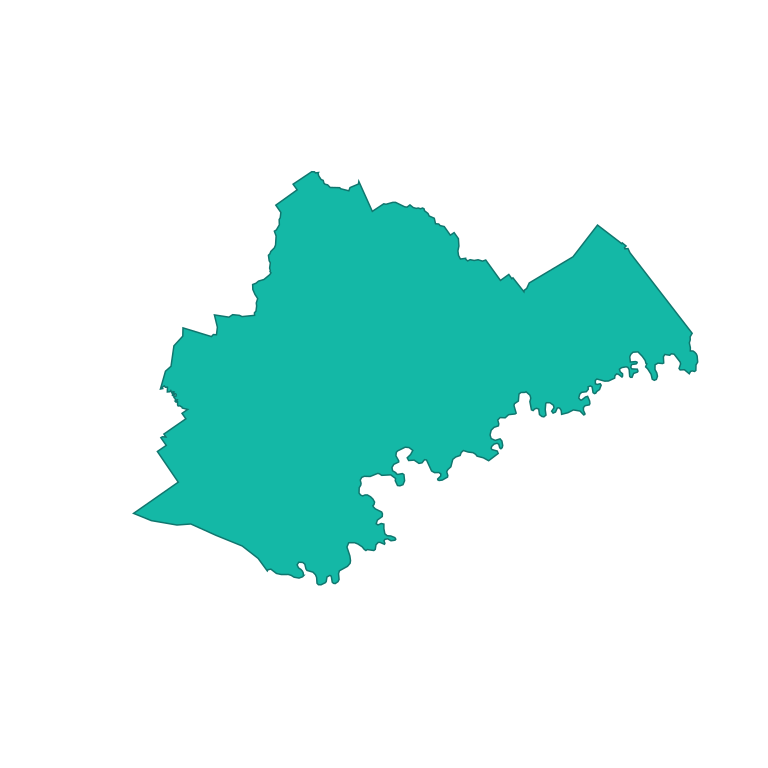 Wodonga, Victoria, Australia (orthographic projection), rotated 136°
{"feature_id": "25037944B99055337236234", "entity_name": "Wodonga", "entity_type": "district", "adm_level": 2, "iso_a3": "AUS", "parent_name": "Australia", "parent_adm1": "Victoria", "projection": "orthographic", "projection_center": [146.883, -36.145], "detail": "fine", "context": "isolated", "style": "filled", "palette": "teal", "viewbox_px": 768, "rotation_deg": 136, "n_neighbors": 0, "source": "geoboundaries", "source_scale": "gbopen_adm2", "svg_char_len": 6171}
<svg xmlns="http://www.w3.org/2000/svg" viewBox="0 0 768 768"><g transform="rotate(136 384 384)"><path d="M282.6,245.6L280.1,244.7L276.1,246.3L275.0,245.7L274.4,244.5L274.9,241.9L277.3,238.8L271.7,235.6L265.8,233.8L261.8,228.4L261.8,223.0L260.7,222.6L260.1,223.0L258.9,226.4L256.9,228.5L254.4,228.7L250.8,226.4L249.5,226.9L247.9,228.9L246.1,233.7L248.1,234.7L253.0,235.2L253.8,236.0L253.7,238.6L250.3,240.7L247.6,240.7L243.8,237.9L240.7,238.3L239.2,240.2L236.9,239.3L236.3,237.4L239.6,232.6L239.3,230.9L238.1,230.3L236.1,230.8L232.8,230.3L228.6,232.3L228.3,234.0L230.9,235.5L231.8,237.3L229.5,239.8L227.4,239.7L223.3,232.8L220.4,230.2L214.0,228.0L212.1,229.6L209.6,229.7L208.6,228.0L208.0,223.7L206.9,223.9L205.3,225.6L205.6,228.7L204.4,231.1L201.7,230.7L197.9,228.2L197.0,226.6L197.6,224.1L202.0,218.8L202.0,217.5L200.9,216.5L197.1,218.2L193.4,216.5L192.4,216.8L191.5,218.7L195.2,222.7L194.9,224.7L192.3,226.0L188.7,223.3L187.1,223.4L186.8,224.1L187.5,225.4L191.5,228.7L188.4,232.8L185.9,233.9L182.8,233.9L179.0,230.7L179.0,224.4L179.8,219.4L181.2,217.0L180.9,215.9L183.9,214.6L183.8,211.8L185.1,205.5L187.7,201.1L187.0,198.9L184.9,198.1L181.9,199.6L180.1,202.4L179.0,206.2L175.7,209.5L172.4,208.7L169.4,205.2L168.2,204.8L164.1,209.5L161.5,210.2L158.5,206.2L156.3,206.1L154.6,203.9L155.7,194.1L156.7,192.4L161.0,190.2L161.2,188.4L158.0,185.6L157.3,179.3L154.7,180.1L153.1,179.2L151.9,177.3L150.3,177.1L146.3,181.0L143.1,181.9L139.3,186.6L138.5,188.6L138.4,191.0L138.8,193.1L140.7,195.0L138.4,197.3L135.8,201.5L133.1,203.0L131.0,205.3L127.1,206.4L115.9,307.6L114.4,311.9L116.8,313.9L116.3,315.0L114.0,315.1L114.6,320.0L115.5,319.9L120.0,350.0L159.7,344.2L209.3,355.8L215.0,353.6L218.0,354.0L219.3,353.1L217.5,370.8L218.9,371.0L218.1,376.1L228.3,377.6L224.7,402.5L227.8,404.0L230.0,408.0L233.3,410.2L235.7,413.6L238.3,414.4L238.6,416.8L237.9,417.7L242.2,420.8L241.1,424.7L238.4,428.4L234.3,431.2L229.5,436.9L228.4,444.2L232.9,445.0L231.3,455.4L233.6,459.0L233.5,461.1L235.6,463.5L232.7,468.3L234.8,473.5L233.9,476.1L234.5,480.5L233.5,482.2L234.0,483.8L236.0,484.7L237.1,486.8L238.8,487.9L240.4,490.6L240.9,494.8L244.5,495.2L246.0,497.0L249.5,506.6L251.4,508.5L257.7,511.9L259.0,513.8L272.5,516.3L261.4,547.2L263.5,545.6L272.0,548.9L275.1,547.4L279.5,554.5L279.5,556.0L286.2,562.8L286.2,566.4L287.6,568.6L287.7,570.2L286.3,572.7L287.2,574.8L286.4,579.0L285.2,581.2L284.2,581.6L286.7,583.5L286.6,584.9L288.5,586.9L310.6,590.9L311.6,584.0L337.6,587.8L339.0,579.1L343.1,575.7L345.2,575.1L348.7,571.2L354.4,569.6L356.7,570.1L358.8,565.4L365.5,559.3L368.3,558.1L373.3,558.0L375.7,556.9L377.7,556.9L381.0,552.4L381.6,550.1L385.8,546.8L386.9,544.7L387.9,544.1L388.1,542.5L390.2,542.0L397.8,542.6L402.8,545.2L406.0,545.4L409.4,546.8L412.7,543.1L414.6,538.0L415.5,533.2L419.6,531.0L421.4,528.6L425.4,525.4L427.8,525.2L429.4,523.3L439.3,531.1L440.3,533.8L444.7,539.0L449.1,539.8L458.0,551.5L464.4,540.6L470.3,535.8L472.4,538.1L475.2,538.0L489.6,564.0L495.5,558.2L508.6,557.4L524.9,544.7L532.3,545.0L548.3,535.7L546.3,534.4L545.8,535.8L543.4,535.3L543.5,533.5L542.0,532.1L545.4,528.8L543.4,527.2L541.9,527.4L542.8,524.7L541.1,525.1L540.5,524.1L544.0,522.9L543.8,521.7L541.4,522.3L540.7,521.7L540.8,520.8L542.0,519.8L543.2,520.7L544.5,520.1L544.3,519.0L545.0,517.4L543.7,516.2L544.4,515.9L546.2,516.8L546.2,515.4L544.9,514.6L547.1,512.2L547.3,511.2L546.0,510.1L545.4,507.7L545.8,506.8L542.9,502.1L549.7,503.2L550.7,496.6L577.1,500.9L577.7,497.4L580.1,500.0L581.8,500.4L583.3,491.1L593.9,492.9L600.2,456.3L654.0,464.9L646.3,447.4L630.9,426.4L620.2,417.5L610.0,391.9L598.5,365.9L595.7,346.0L597.8,330.6L596.4,331.0L594.0,329.4L593.0,322.5L590.3,318.4L585.1,313.4L583.7,310.8L582.9,307.5L579.9,303.4L576.5,301.9L574.5,302.0L574.9,302.4L573.4,304.1L572.7,306.0L572.6,308.3L573.2,311.2L572.1,314.3L569.1,315.0L566.4,312.1L566.1,309.4L568.6,305.2L568.9,303.4L565.8,298.0L565.8,294.4L566.9,291.6L570.6,287.2L570.6,285.2L568.8,283.3L564.1,281.8L562.7,282.1L559.1,284.8L556.1,284.0L555.5,283.2L555.8,281.9L558.9,277.4L558.8,275.7L557.7,274.3L554.4,273.8L552.1,274.6L548.4,279.2L545.8,280.6L536.9,278.2L532.9,278.6L530.8,280.2L528.0,284.0L523.9,292.5L519.6,294.3L515.4,290.3L513.9,287.0L512.8,282.0L513.1,278.8L512.7,276.8L511.0,276.5L507.0,271.3L505.2,271.1L501.5,273.9L498.3,274.1L496.9,272.9L495.0,268.4L494.0,268.8L493.0,271.2L491.3,271.6L488.9,270.1L487.9,266.4L484.6,264.0L483.3,264.2L482.9,266.0L484.7,270.0L487.1,272.6L487.4,275.7L484.6,280.0L481.4,283.3L482.9,285.6L486.2,286.8L486.7,288.9L483.3,290.7L477.3,289.9L475.3,291.7L474.6,293.5L477.0,300.2L477.0,303.1L476.5,304.2L475.0,304.2L472.8,305.6L471.9,309.0L472.0,312.2L473.0,315.7L474.8,317.4L477.1,318.3L478.0,320.4L477.7,322.9L473.9,326.6L470.9,327.4L469.5,328.5L467.8,331.4L464.9,332.3L462.3,331.3L458.2,327.1L450.7,324.1L449.7,322.8L449.1,319.9L442.3,314.0L441.3,308.0L443.1,306.6L444.8,301.6L443.3,299.7L440.3,298.4L436.4,300.1L432.6,305.0L433.0,306.8L436.9,309.4L437.5,310.8L437.1,312.0L438.1,315.6L436.3,318.4L432.8,319.4L427.6,317.7L426.8,318.5L425.3,324.1L422.6,326.3L420.6,326.4L412.6,323.8L410.1,320.8L409.4,316.2L413.9,314.8L418.6,314.8L419.4,311.8L415.2,308.3L414.0,302.6L411.4,300.9L407.4,301.4L406.2,299.8L410.2,288.4L409.2,285.1L406.0,282.2L405.6,279.9L407.2,278.4L411.4,278.4L411.9,277.7L411.4,276.3L408.8,274.4L403.0,272.9L401.6,273.9L399.9,277.3L397.5,278.1L393.4,278.0L386.9,282.0L383.2,281.7L378.9,279.7L376.0,281.1L373.1,281.0L370.8,276.7L367.6,272.7L366.9,269.7L367.2,267.5L363.8,261.9L362.0,256.1L350.1,254.7L349.1,257.1L351.9,261.9L351.6,263.3L349.9,264.3L346.5,264.3L343.8,262.8L343.3,260.9L345.1,257.7L344.9,256.2L343.2,256.1L341.3,257.3L338.8,261.1L338.6,263.9L343.2,266.2L344.8,270.3L343.1,273.7L339.0,276.3L335.0,276.4L330.8,274.4L329.1,275.6L327.2,279.1L323.8,279.2L320.3,275.5L315.7,275.4L310.5,271.4L309.2,271.2L305.5,278.2L303.9,279.2L299.2,278.4L293.9,283.0L291.4,282.8L288.4,280.0L287.2,279.8L286.8,274.5L288.3,271.8L291.3,270.0L295.9,263.0L295.2,261.3L292.9,261.4L291.1,260.5L290.1,258.5L293.4,254.0L293.0,251.0L291.8,249.3L289.1,249.1L285.8,253.6L281.2,257.6L280.1,257.7L277.6,255.2L276.9,251.0L278.2,248.8L282.3,248.0L282.6,245.6Z" fill="#14b8a6" stroke="#0f766e" stroke-width="1.5"/></g></svg>